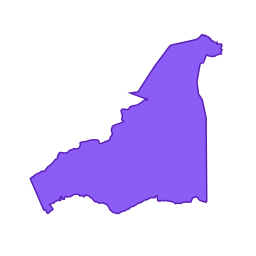 the district of Ibipeba, Bahia, Brazil, rotated 263°
{"feature_id": "56859067B8671900633841", "entity_name": "Ibipeba", "entity_type": "district", "adm_level": 2, "iso_a3": "BRA", "parent_name": "Brazil", "parent_adm1": "Bahia", "projection": "orthographic", "projection_center": [-42.197, -11.534], "detail": "fine", "context": "isolated", "style": "filled", "palette": "violet", "viewbox_px": 256, "rotation_deg": 263, "n_neighbors": 0, "source": "geoboundaries", "source_scale": "gbopen_adm2", "svg_char_len": 3611}
<svg xmlns="http://www.w3.org/2000/svg" viewBox="0 0 256 256"><g transform="rotate(263 128 128)"><path d="M190.3,229.8L191.8,229.3L193.0,230.5L194.6,230.9L195.0,229.6L196.2,229.7L197.9,231.2L199.8,231.1L200.1,229.4L200.5,227.7L200.4,226.5L202.2,226.9L201.9,225.8L202.4,224.5L203.8,223.3L204.0,222.3L204.4,221.0L206.1,221.3L206.9,219.9L208.7,219.0L209.5,216.9L210.7,216.0L210.2,214.6L211.7,213.4L211.1,212.0L210.3,211.1L209.4,210.1L208.5,208.8L208.0,207.3L207.5,206.2L206.9,200.7L205.0,180.6L203.4,178.5L197.7,173.1L187.5,163.3L186.7,162.6L180.2,157.0L174.2,152.0L162.6,142.3L162.4,134.6L153.6,151.5L153.6,149.9L154.0,148.3L153.2,146.7L152.3,145.3L151.5,144.1L150.7,142.1L149.8,140.5L149.5,138.3L149.5,136.4L149.4,134.8L149.0,133.6L148.6,132.5L147.1,131.3L146.5,129.9L146.5,128.6L146.8,127.3L147.4,126.2L147.4,124.7L146.2,123.2L144.4,123.3L143.4,123.5L142.0,123.9L140.5,123.8L139.3,123.6L138.3,123.1L137.0,122.8L136.2,123.5L135.2,124.5L134.6,123.7L134.1,122.1L133.6,120.2L133.2,118.3L132.9,116.7L132.7,115.6L132.1,114.0L131.6,112.7L130.1,112.2L128.8,111.3L126.9,111.3L125.1,111.7L123.5,111.6L122.2,110.4L121.1,109.4L119.3,108.6L117.8,107.3L117.7,105.6L117.2,103.5L116.5,101.9L116.1,100.5L115.8,99.1L116.2,97.8L117.9,97.5L119.3,97.1L120.0,95.7L120.2,94.5L120.3,92.9L120.6,91.2L120.5,89.2L120.3,87.5L119.9,86.0L119.8,84.8L119.6,82.9L119.7,80.9L119.5,79.8L119.2,78.7L117.0,78.6L115.7,78.1L114.5,77.1L113.5,76.0L113.6,74.3L113.7,72.9L114.2,71.9L113.5,70.7L113.3,69.6L113.2,67.8L112.2,66.6L111.4,65.5L111.1,64.3L110.8,63.2L111.0,61.5L111.5,59.6L112.0,58.1L111.7,56.8L110.0,55.6L108.5,54.6L106.8,54.5L106.0,53.5L105.7,52.1L104.7,51.0L103.8,50.2L103.0,49.3L101.8,48.3L100.9,46.4L99.8,44.9L99.2,43.4L98.2,42.9L97.2,41.5L95.6,40.6L95.3,39.1L95.8,38.1L95.3,36.3L94.5,35.3L94.1,34.0L93.7,32.5L93.3,31.1L92.3,29.3L91.5,28.1L90.7,26.5L89.7,24.8L56.8,34.4L56.7,36.2L55.1,36.8L53.9,37.1L53.1,38.0L53.7,39.4L54.8,40.8L55.6,42.0L55.9,43.2L56.9,43.7L58.2,42.9L59.4,42.3L60.5,41.8L61.4,40.8L62.1,42.1L62.4,43.5L62.8,45.6L63.9,46.5L64.3,48.3L64.8,49.4L64.9,50.6L64.1,51.7L64.8,52.5L66.2,52.1L67.2,52.4L68.3,53.1L67.6,54.0L66.1,53.7L65.2,54.8L65.1,56.1L66.6,56.5L67.6,57.8L66.9,59.4L66.9,61.4L67.0,62.9L67.5,64.1L68.4,65.2L68.6,67.0L68.6,68.9L68.4,70.4L67.5,71.1L66.5,71.8L66.5,73.7L66.1,75.1L65.1,75.7L65.8,77.0L66.9,78.2L66.0,79.3L65.5,80.8L63.9,82.0L63.0,83.4L61.7,84.3L60.1,85.2L58.7,86.7L58.4,88.2L57.5,89.6L56.7,90.4L57.1,91.9L56.6,94.0L55.7,95.7L55.0,96.9L54.1,98.0L53.2,98.6L51.6,99.3L50.1,99.8L48.8,100.3L48.0,101.2L46.6,102.2L45.8,103.4L45.5,104.5L44.8,105.9L44.3,107.5L44.4,108.6L45.2,110.4L45.9,111.7L45.9,112.9L46.2,114.7L46.8,116.1L47.3,117.7L47.8,119.5L48.6,120.4L49.5,121.7L49.5,123.6L50.0,124.9L50.5,125.9L51.2,127.5L52.2,128.7L52.1,130.5L52.7,132.3L53.5,133.9L54.2,135.5L54.6,136.9L54.5,138.3L55.2,139.8L55.8,141.2L56.1,142.5L55.7,144.3L55.6,146.3L57.1,147.5L57.2,148.6L55.3,148.6L53.8,148.6L52.2,148.7L51.5,150.8L51.9,153.0L51.3,154.9L51.5,156.2L51.4,157.4L50.7,158.3L50.5,159.8L49.8,161.8L49.1,163.9L47.9,165.1L47.1,166.0L47.4,167.2L47.2,168.6L46.7,170.3L47.0,171.8L47.3,173.2L47.6,174.3L47.5,175.4L47.4,176.7L47.1,177.9L47.2,179.4L46.9,180.4L47.1,181.7L48.2,182.1L49.2,182.7L50.9,183.4L50.9,185.0L51.5,187.0L50.6,188.5L49.1,189.2L47.7,190.2L47.0,191.4L46.3,192.9L45.6,194.4L44.8,196.2L45.6,197.2L120.4,205.8L128.1,206.8L132.8,206.4L146.9,205.1L153.2,202.1L165.2,202.0L171.0,203.7L182.9,207.4L183.6,209.6L183.6,210.8L186.8,212.5L188.8,213.5L190.9,214.9L189.9,216.7L188.9,219.4L188.6,220.7L188.7,222.1L188.8,223.4L189.5,224.3L189.8,225.5L190.3,229.8Z" fill="#8b5cf6" stroke="#5b21b6" stroke-width="1.5"/></g></svg>